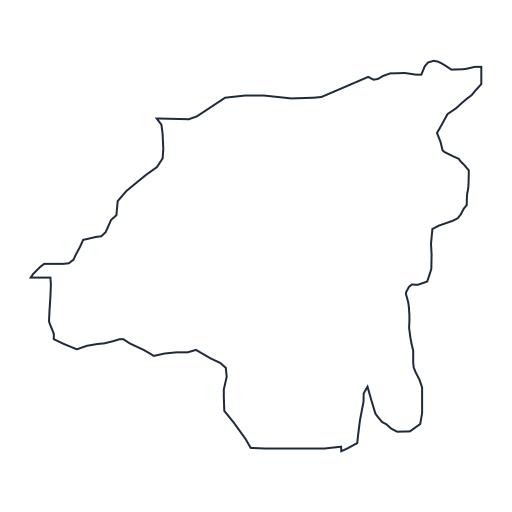 Tilkaef, Ninawa, Iraq (Mercator projection)
{"feature_id": "34846034B79516785973946", "entity_name": "Tilkaef", "entity_type": "district", "adm_level": 2, "iso_a3": "IRQ", "parent_name": "Iraq", "parent_adm1": "Ninawa", "projection": "mercator", "projection_center": [43.046, 36.575], "detail": "fine", "context": "isolated", "style": "outline", "palette": "slate", "viewbox_px": 512, "rotation_deg": 0, "n_neighbors": 0, "source": "geoboundaries", "source_scale": "gbopen_adm2", "svg_char_len": 2214}
<svg xmlns="http://www.w3.org/2000/svg" viewBox="0 0 512 512"><path d="M427.2,281.5L429.7,274.1L431.3,269.0L431.6,254.6L431.0,243.8L432.4,229.0L438.9,225.6L453.2,220.6L457.8,218.2L460.7,214.5L463.7,208.8L466.7,205.1L467.0,195.0L468.3,187.6L468.6,181.8L468.8,170.4L464.5,165.3L459.9,160.6L458.9,158.9L452.9,156.2L444.8,152.2L442.6,150.5L440.5,141.8L437.0,133.0L441.8,124.6L447.5,114.1L456.4,108.0L461.8,103.0L467.0,98.6L471.6,95.2L475.1,90.9L481.3,84.1L481.3,66.9L474.8,66.9L465.9,68.9L462.1,69.3L451.3,69.6L445.3,65.6L441.3,63.2L437.5,61.5L433.7,60.8L428.0,62.5L424.8,66.2L421.3,74.7L416.2,74.7L404.8,73.0L395.1,73.3L390.5,73.3L382.9,76.0L377.8,79.0L373.5,79.7L368.2,76.9L321.4,97.0L313.9,97.7L292.6,98.4L291.4,98.4L291.0,98.4L263.7,95.5L262.1,95.5L246.9,95.5L245.3,95.5L225.1,97.7L196.8,116.4L188.9,119.2L188.8,119.3L187.3,119.2L158.3,118.5L156.7,118.5L161.4,124.7L162.6,133.7L163.3,149.4L162.6,158.4L157.0,167.0L146.0,174.9L137.4,181.9L126.5,190.9L117.7,201.1L116.7,211.7L116.4,215.2L111.1,219.9L105.7,232.1L101.3,236.3L96.1,236.9L88.4,238.7L83.1,239.9L80.2,246.5L75.4,255.5L73.5,259.7L68.7,263.3L62.9,263.9L56.2,263.9L50.9,263.9L44.2,263.9L40.3,266.8L33.1,274.0L30.7,277.6L50.4,277.6L50.9,284.8L50.4,296.7L49.5,310.5L49.0,321.3L49.9,324.2L51.9,329.0L53.8,333.8L53.8,339.2L63.9,344.0L76.8,349.3L86.9,345.8L97.5,344.0L104.2,343.4L113.8,341.0L119.6,339.2L123.4,339.2L129.7,343.4L143.6,349.9L149.9,353.5L153.7,355.9L164.8,353.5L176.8,352.3L187.8,352.3L196.0,349.9L210.4,358.3L220.5,363.1L225.8,367.9L226.7,376.8L223.8,389.4L223.8,397.1L224.3,410.9L233.9,422.8L245.5,438.9L250.7,447.9L264.7,448.5L288.7,448.5L324.7,448.5L341.1,446.7L341.3,451.2L346.7,448.8L357.2,443.1L358.3,433.4L359.9,420.6L363.5,401.8L363.7,393.4L367.5,386.7L371.6,401.1L375.4,413.6L378.1,417.3L382.1,422.0L386.4,424.3L391.3,428.7L397.2,431.7L409.9,431.4L420.2,424.0L420.8,420.6L422.1,413.2L422.1,408.2L422.1,394.1L422.1,387.4L419.4,379.6L415.6,372.2L413.7,367.5L413.2,362.5L413.2,355.1L413.2,350.7L411.8,345.0L410.5,338.3L409.1,327.9L409.4,320.8L409.4,315.1L408.9,307.4L408.3,302.7L406.7,296.6L405.9,294.3L406.2,291.9L407.2,290.2L408.9,286.9L411.8,284.5L417.8,284.8L424.5,282.5L427.2,281.5Z" fill="none" stroke="#1e293b" stroke-width="2"/></svg>